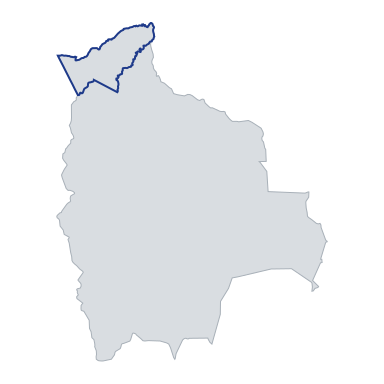 Pando on a map of Bolivia (Robinson projection)
{"feature_id": "BOL-1938", "entity_name": "Pando", "entity_type": "Department", "adm_level": 1, "iso_a3": "BOL", "parent_name": "Bolivia", "parent_adm1": "", "projection": "robinson", "projection_center": [-66.899, -11.088], "detail": "fine", "context": "in_parent", "style": "outline", "palette": "blue", "viewbox_px": 384, "rotation_deg": 0, "n_neighbors": 0, "source": "natural_earth", "source_scale": "10m", "svg_char_len": 7846}
<svg xmlns="http://www.w3.org/2000/svg" viewBox="0 0 384 384"><path d="M60.1,226.1L59.5,220.2L58.6,218.8L57.2,217.8L56.8,216.6L57.2,215.4L59.9,212.9L61.4,212.5L61.7,211.3L66.7,204.3L68.2,202.9L69.9,201.9L70.6,201.1L70.2,198.6L70.4,196.9L70.9,195.8L74.3,193.8L74.6,193.3L74.5,192.7L73.0,191.4L70.0,190.3L68.1,190.4L66.2,188.5L62.3,178.0L61.6,175.5L61.7,174.5L64.3,169.3L67.1,165.2L66.8,164.2L63.6,160.1L62.6,158.2L62.9,153.9L64.8,152.6L65.7,148.8L66.5,148.2L68.3,145.6L70.7,143.2L70.8,140.3L71.6,139.5L73.6,138.6L73.8,137.9L73.4,135.9L72.3,133.9L71.5,132.9L70.4,127.9L69.3,125.4L70.5,123.2L71.3,120.7L71.5,117.7L71.4,104.9L73.8,101.7L75.1,101.0L76.3,100.0L76.2,97.9L77.9,95.2L57.8,55.6L65.6,55.7L74.2,57.1L75.6,57.9L76.0,59.3L76.9,59.9L79.3,59.6L86.3,56.2L87.3,55.1L89.7,51.3L91.6,49.2L93.4,48.5L96.9,48.2L98.1,48.8L99.5,48.7L100.7,46.5L102.6,44.2L106.3,41.2L108.2,40.4L109.4,39.3L111.4,39.2L113.2,38.1L121.8,30.6L125.3,28.7L129.2,27.9L132.3,26.8L139.9,25.7L144.8,25.3L146.4,26.3L148.1,26.0L149.6,24.4L150.9,23.8L151.8,23.9L153.1,25.9L153.7,28.0L153.3,29.6L153.4,31.9L154.0,35.0L153.6,37.7L150.8,42.7L150.6,44.2L150.8,46.2L151.6,49.5L153.1,54.1L153.4,57.4L152.3,59.6L151.8,61.5L151.9,63.1L152.3,64.2L152.9,64.9L153.3,66.1L153.4,68.0L154.3,69.9L156.0,71.7L156.7,73.4L156.3,75.0L156.4,76.0L156.9,76.4L158.0,75.6L158.6,75.8L159.8,78.0L160.6,80.3L160.8,81.7L164.4,83.2L169.3,87.6L171.5,88.8L173.6,93.6L177.3,94.7L184.4,95.9L187.8,94.4L190.0,94.6L192.3,95.7L197.6,99.8L199.8,100.5L201.4,99.4L202.8,99.1L203.9,99.5L205.1,103.0L209.1,106.8L210.6,107.9L212.4,107.8L219.9,111.3L221.9,111.6L223.8,111.4L225.1,112.0L225.6,114.1L229.0,118.4L230.6,120.0L232.4,121.4L237.2,121.4L238.7,121.8L248.4,120.5L252.0,122.3L261.1,128.2L263.0,132.0L263.4,134.0L262.9,136.1L262.1,136.9L261.8,138.3L262.1,140.3L263.5,142.0L264.8,148.1L265.7,149.4L266.2,161.4L259.2,161.6L260.4,162.8L266.8,171.4L268.1,191.6L304.6,193.1L305.5,193.0L308.2,191.9L308.9,192.0L308.7,197.2L306.0,201.3L305.8,202.6L306.2,208.0L307.1,212.3L307.5,216.3L308.6,217.5L311.7,219.6L316.4,223.4L318.3,223.9L320.0,223.4L320.9,224.9L321.1,227.5L325.3,239.0L326.0,240.5L327.2,241.3L327.0,241.9L326.0,242.1L325.5,243.0L320.6,259.2L321.8,259.3L322.1,262.5L320.6,262.8L320.2,263.5L312.6,280.5L318.6,286.5L317.9,287.5L315.0,288.4L313.3,290.9L311.9,291.2L312.4,287.0L312.0,283.3L311.5,282.3L291.5,268.7L271.1,269.0L237.6,276.9L232.2,277.9L228.5,288.4L220.5,301.4L220.3,314.3L211.9,344.1L209.8,342.2L208.3,339.4L207.8,338.1L207.6,338.1L189.2,338.3L188.3,338.9L187.0,338.8L186.1,338.3L185.1,338.3L183.8,338.9L182.6,340.0L176.1,353.6L175.2,358.5L174.8,359.3L173.7,357.6L170.5,347.7L168.7,344.0L166.6,342.9L160.1,341.0L148.5,340.6L144.8,341.0L142.9,340.7L140.9,338.7L136.6,335.1L135.7,333.9L134.0,333.2L133.0,333.1L132.4,333.8L130.7,339.5L129.8,341.1L123.7,343.4L122.1,343.7L121.3,345.0L120.9,346.9L120.2,348.6L115.9,351.2L115.0,352.3L114.5,354.8L111.4,359.2L102.9,361.0L100.1,360.9L98.2,360.6L96.3,359.2L96.1,356.8L96.5,354.3L96.3,350.8L94.7,346.7L94.9,345.4L94.7,343.4L93.9,339.6L91.9,337.7L91.1,331.8L89.5,328.4L89.2,320.3L83.9,311.3L81.8,310.6L81.2,310.1L81.0,308.7L81.1,305.4L82.8,303.1L77.0,298.7L76.7,297.6L76.7,296.7L78.3,294.9L77.3,292.8L77.4,290.8L76.7,290.0L76.8,289.3L77.4,288.8L80.2,288.1L81.1,286.2L81.1,284.5L80.7,283.3L78.1,280.4L78.0,279.9L83.2,272.5L83.1,271.9L82.6,271.2L79.7,269.0L76.6,265.6L74.4,263.8L72.8,262.1L72.0,260.6L71.7,256.6L70.7,252.6L69.2,243.1L68.0,239.5L69.2,237.7L69.1,237.1L64.2,234.4L63.2,230.0L60.1,226.1Z" fill="#d9dde1" stroke="#a8b0b8" stroke-width="1"/><path d="M150.7,23.0L151.3,23.0L151.7,23.2L152.4,23.8L152.7,24.6L153.0,25.9L153.3,26.1L153.6,26.4L153.8,26.8L154.0,27.2L153.9,27.8L153.4,28.8L153.2,29.4L153.1,30.4L153.2,31.4L153.4,32.4L153.8,33.7L153.9,34.3L154.0,35.4L154.0,35.7L154.2,36.3L154.3,36.5L154.2,36.8L153.8,37.4L153.6,38.7L153.3,39.3L152.5,39.7L152.1,40.2L151.9,40.8L151.8,41.3L150.6,41.5L150.2,41.6L149.9,41.9L149.5,42.4L149.1,42.9L149.0,43.5L148.8,43.7L146.9,44.7L146.4,45.1L146.0,45.6L145.5,45.8L145.0,45.8L144.5,45.6L144.1,45.5L143.5,45.7L143.5,46.1L143.6,46.6L143.7,47.1L143.8,47.8L143.7,48.3L143.5,48.7L143.0,49.2L142.0,49.6L141.4,49.7L141.1,49.6L141.0,49.3L140.8,49.0L140.5,48.6L140.2,48.5L139.9,48.7L139.6,49.2L139.5,49.6L139.7,49.8L140.1,50.0L140.5,50.3L140.7,50.8L140.8,51.3L140.5,52.0L139.7,51.9L138.8,51.6L137.9,51.4L137.4,51.7L136.5,52.5L135.8,52.7L135.8,52.9L135.9,53.1L136.0,53.2L136.3,53.2L136.7,53.0L137.0,53.0L137.2,53.4L137.0,54.0L136.7,54.5L136.4,55.6L136.1,56.0L135.8,56.3L135.4,56.0L135.2,56.3L135.0,57.1L135.0,58.0L134.9,58.9L134.3,59.4L134.0,59.3L133.6,59.2L133.3,59.3L133.2,59.9L133.4,60.8L133.4,61.3L133.3,61.7L132.4,62.9L132.2,63.3L132.2,63.9L132.3,64.2L132.6,64.4L132.7,64.8L132.4,65.3L131.2,65.6L131.2,66.2L131.0,66.7L130.4,66.9L128.8,67.1L127.6,67.9L127.0,68.1L125.5,67.9L123.4,68.1L122.9,68.3L122.7,68.8L122.7,69.4L122.7,70.1L122.7,70.6L122.1,71.3L122.0,71.7L122.1,73.0L122.1,73.6L121.8,74.1L121.4,74.2L120.7,74.2L120.3,74.3L120.0,74.7L119.7,75.1L119.4,75.4L119.0,75.5L118.6,75.4L118.1,75.4L117.8,75.6L117.8,76.1L118.1,76.5L118.4,76.8L118.5,77.2L118.2,77.7L117.9,78.1L117.6,78.3L117.2,78.5L116.7,78.4L116.4,78.5L116.3,79.0L116.4,79.7L116.6,80.1L116.9,80.1L117.0,80.0L117.5,80.6L118.0,81.5L118.3,82.8L118.5,84.0L118.4,85.1L118.0,86.3L118.0,86.8L118.1,87.5L118.2,88.1L118.0,88.7L117.7,89.2L117.5,89.8L117.6,90.3L117.8,90.7L117.8,91.1L117.7,91.6L117.3,92.2L94.3,80.1L93.9,79.9L93.9,80.1L93.7,80.8L93.4,81.3L93.0,81.6L92.4,81.8L91.9,82.0L91.4,81.9L90.8,82.3L89.1,82.5L88.4,82.9L88.1,83.6L87.9,85.5L87.8,86.3L87.2,87.0L84.5,88.6L84.0,89.4L83.0,92.3L82.6,93.0L82.3,93.2L81.8,93.3L81.5,93.2L81.1,92.9L80.8,92.7L80.2,92.8L80.0,93.1L79.5,94.5L79.4,94.6L79.2,94.9L79.0,95.0L78.8,95.1L78.1,95.0L77.8,95.0L77.3,93.9L74.9,89.3L72.6,84.6L70.2,80.0L67.9,75.4L65.5,70.7L63.2,66.1L60.8,61.5L58.4,56.8L58.4,56.7L58.2,56.4L58.1,56.2L58.0,55.9L57.9,55.7L59.5,55.7L60.4,55.6L61.9,55.1L62.6,55.3L63.4,55.5L64.2,55.7L65.5,55.6L67.2,55.8L68.0,56.1L68.8,56.0L69.2,56.0L70.8,56.8L71.2,56.9L71.3,56.8L71.8,56.8L72.8,57.1L73.4,57.2L73.9,57.1L74.6,56.8L75.2,56.7L75.8,56.9L76.2,57.1L75.9,57.7L75.6,58.3L75.5,59.0L75.6,60.0L75.6,60.3L75.8,60.4L76.2,60.4L79.4,59.7L80.0,59.3L81.2,58.4L82.2,58.0L82.5,58.0L82.9,58.0L83.3,58.0L83.6,57.9L84.3,57.2L84.7,56.9L85.8,56.8L86.2,56.6L86.7,56.3L87.1,55.8L87.5,55.2L87.8,54.7L88.4,53.2L88.7,52.7L89.9,51.2L90.7,49.5L91.0,49.1L91.6,48.7L92.2,48.3L92.6,48.2L93.0,48.1L93.6,48.2L96.3,48.1L96.7,48.1L97.0,48.2L97.4,48.5L98.3,49.3L98.7,49.5L99.5,49.3L99.9,48.5L100.1,47.6L100.3,46.8L100.6,46.6L101.2,45.9L101.5,45.5L102.0,44.8L102.2,44.4L102.6,44.1L103.0,43.9L103.8,43.5L104.7,43.1L105.2,42.8L105.6,42.4L105.9,41.9L106.0,41.6L106.0,41.4L106.1,41.2L106.3,41.0L106.5,40.9L107.5,40.9L107.8,40.9L108.0,40.8L108.2,40.6L108.2,40.4L108.1,39.8L108.1,39.6L108.4,39.4L108.9,39.3L109.9,39.3L110.3,39.3L111.2,39.6L111.6,39.6L111.8,39.4L112.0,39.1L112.1,38.8L112.3,38.6L112.5,38.5L113.0,38.5L114.3,37.8L117.9,33.6L120.9,31.0L121.3,30.8L123.1,30.0L123.4,29.8L123.5,29.6L123.5,29.3L123.6,29.1L123.7,28.9L124.0,28.8L126.6,28.3L128.0,28.4L128.5,28.3L128.9,28.1L129.8,27.5L130.2,27.4L132.4,27.0L132.8,26.8L133.5,26.3L133.9,26.1L135.2,26.0L135.3,26.1L135.5,26.3L135.7,26.2L135.8,25.9L136.2,25.7L136.4,25.7L136.6,25.9L137.2,26.2L137.5,26.3L138.0,26.2L139.0,25.5L139.4,25.4L139.8,25.4L140.1,25.4L141.0,25.6L141.3,25.6L141.6,25.5L141.9,25.0L142.0,25.2L142.1,25.4L142.2,25.6L142.3,25.8L142.6,25.7L142.6,25.2L142.8,24.5L143.0,24.4L143.1,24.7L143.1,25.0L143.3,25.3L143.5,25.4L144.4,25.0L144.7,25.0L144.6,25.6L144.6,25.9L144.7,26.0L144.8,25.9L145.0,26.0L145.3,25.9L145.6,25.9L145.8,26.2L145.9,26.3L146.5,26.8L146.9,27.0L147.3,27.1L147.6,27.1L147.7,26.8L147.8,26.6L147.9,26.3L147.9,26.2L148.0,26.1L148.3,26.0L148.6,25.7L148.9,25.3L149.0,25.1L149.1,24.7L149.2,24.4L150.2,23.5L150.5,23.1L150.7,23.0Z" fill="none" stroke="#1e3a8a" stroke-width="2"/></svg>